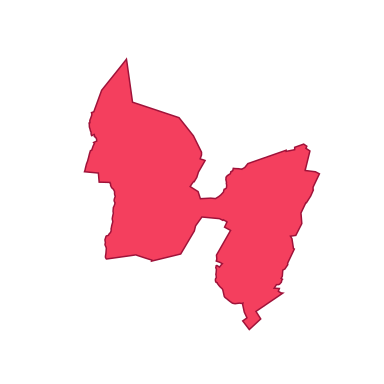 outline of Eersel, Noord-Brabant, Netherlands, rotated 126°
{"feature_id": "6326949B60524061283729", "entity_name": "Eersel", "entity_type": "district", "adm_level": 2, "iso_a3": "NLD", "parent_name": "Netherlands", "parent_adm1": "Noord-Brabant", "projection": "natural_earth1", "projection_center": [5.327, 51.393], "detail": "fine", "context": "isolated", "style": "filled", "palette": "rose", "viewbox_px": 384, "rotation_deg": 126, "n_neighbors": 0, "source": "geoboundaries", "source_scale": "gbopen_adm2", "svg_char_len": 5529}
<svg xmlns="http://www.w3.org/2000/svg" viewBox="0 0 384 384"><g transform="rotate(126 192 192)"><path d="M123.1,323.1L123.3,323.1L123.8,323.1L133.3,323.5L162.8,324.9L184.8,318.6L186.9,320.0L187.1,319.8L187.1,319.6L187.2,319.4L187.3,319.3L187.5,319.1L187.8,318.9L188.2,318.6L189.0,318.2L190.5,317.7L190.8,317.7L191.1,317.6L191.3,317.5L191.6,317.4L192.4,317.2L193.2,317.0L194.3,316.6L196.0,315.3L196.7,315.8L196.8,315.7L197.6,314.9L198.1,314.5L199.4,313.5L199.7,313.2L200.1,312.8L200.7,311.9L202.3,310.0L202.5,309.6L202.8,309.0L203.2,308.6L203.7,308.2L204.2,307.9L204.9,307.1L205.3,306.5L205.4,306.3L205.4,306.2L204.6,305.9L204.3,305.7L203.6,305.4L203.1,305.1L202.9,304.9L203.4,304.4L204.0,303.8L204.4,303.6L204.5,303.6L204.6,303.2L204.3,302.5L204.5,302.0L204.7,301.7L204.7,301.4L204.7,301.2L204.8,301.1L205.1,300.6L205.4,300.2L206.0,299.7L206.8,299.0L209.8,300.7L210.1,299.5L213.0,299.0L214.6,298.5L217.3,297.7L218.2,298.5L221.4,297.4L224.8,296.0L227.2,295.1L227.9,294.8L228.9,294.5L230.1,294.2L231.2,293.9L235.7,292.1L236.5,291.7L237.5,291.3L238.8,290.9L231.7,278.9L238.6,272.9L237.4,271.2L233.3,265.2L232.5,264.0L232.8,263.8L232.9,263.7L233.0,263.5L233.1,263.4L233.1,263.2L233.2,262.8L233.4,262.6L234.3,261.9L234.7,261.5L234.7,261.4L235.5,260.0L235.6,259.8L235.7,259.5L235.9,258.6L235.9,257.7L236.0,257.3L236.3,256.6L236.5,256.1L236.9,255.4L237.4,254.7L237.6,254.5L237.9,254.4L238.6,253.9L239.8,252.8L239.9,252.6L240.0,252.4L240.3,251.9L240.4,251.7L240.5,251.6L243.4,250.7L244.0,250.4L244.8,249.9L245.0,249.7L245.5,248.9L246.0,248.0L246.0,247.9L247.0,247.5L247.7,247.2L249.6,246.7L250.4,246.6L250.8,246.5L253.6,244.8L254.0,244.5L254.2,244.4L254.3,244.3L254.7,243.8L255.0,243.6L255.1,243.4L255.9,242.9L256.5,242.7L258.8,241.7L260.4,240.9L260.7,240.7L260.9,240.5L262.2,239.0L262.5,238.7L262.8,238.6L263.1,238.4L266.4,237.2L267.6,236.6L268.4,236.2L269.2,235.9L269.4,235.8L269.6,235.7L270.1,235.1L271.1,234.6L271.7,234.4L272.5,234.2L273.1,234.2L274.4,234.4L274.7,234.4L275.8,234.2L276.0,234.2L276.4,234.3L277.8,235.4L278.1,235.5L278.4,235.5L278.7,235.4L281.7,234.4L281.9,234.3L282.0,234.2L283.7,232.5L283.9,232.3L284.1,232.2L285.1,231.8L285.4,231.7L285.9,231.2L286.2,230.8L287.3,228.9L287.5,228.7L287.8,228.3L291.7,225.9L292.2,225.6L294.8,224.3L295.1,224.1L295.5,223.8L295.7,223.6L295.9,223.4L296.1,223.0L296.5,221.9L296.2,221.6L296.1,221.4L280.2,204.9L275.8,200.4L275.6,199.4L272.5,189.8L270.7,184.5L271.7,184.1L270.4,183.0L261.3,175.3L248.8,164.7L229.8,166.5L222.2,167.2L217.3,169.2L206.4,169.3L203.8,164.9L197.4,154.1L196.8,150.4L196.1,150.4L195.6,146.8L196.1,146.3L195.9,146.0L201.3,145.0L200.4,138.2L228.7,135.1L231.7,132.5L233.6,131.8L232.5,128.0L232.2,125.3L232.6,125.4L232.8,125.5L236.6,125.6L236.8,128.7L237.6,129.1L238.0,128.8L238.1,128.7L238.4,128.6L239.1,128.4L239.6,127.8L240.1,127.0L240.4,126.7L240.5,126.6L241.2,126.2L242.8,125.2L243.0,125.1L244.4,124.4L244.6,124.3L245.4,123.4L246.3,122.6L246.5,122.4L246.7,122.2L246.9,122.1L247.1,122.0L247.6,122.0L248.1,122.0L248.5,121.9L248.8,121.8L249.7,121.1L249.9,121.0L250.3,120.6L250.6,120.1L250.9,119.7L250.7,118.9L250.6,118.2L251.0,117.9L251.8,115.3L252.2,113.6L252.4,112.1L252.5,111.1L252.6,110.6L252.8,110.1L253.1,109.6L253.4,109.2L257.2,104.9L257.5,104.5L257.6,104.3L257.8,103.8L257.8,103.6L257.9,103.2L258.2,97.2L258.2,94.6L258.2,94.1L258.1,93.8L258.0,93.5L257.4,92.1L257.1,91.6L256.9,91.3L254.3,88.6L254.1,88.4L253.9,88.1L253.1,86.5L252.8,86.1L252.4,85.8L252.0,85.5L252.4,85.3L252.5,85.3L252.8,85.2L253.3,84.8L253.5,84.6L258.0,79.6L258.5,79.0L261.3,73.9L261.4,73.7L261.5,73.6L261.8,73.6L266.5,75.2L269.6,64.8L254.3,61.8L251.0,70.1L224.4,60.5L220.4,59.1L221.1,60.4L221.3,60.7L221.4,61.0L221.5,62.0L221.4,62.0L221.5,62.7L221.6,63.8L218.7,64.6L221.5,69.0L217.3,69.2L216.1,67.6L215.8,67.4L215.1,67.0L212.4,66.7L210.7,67.5L209.4,67.5L209.5,69.1L207.1,69.4L201.9,72.6L201.7,72.6L199.7,71.6L194.5,71.8L193.4,72.8L178.0,75.7L178.0,76.0L178.1,76.7L171.0,83.7L169.9,86.4L166.1,82.5L153.0,84.6L146.9,89.8L145.0,91.5L133.7,93.6L133.5,93.1L125.5,93.6L119.1,95.0L119.1,95.3L116.9,96.9L102.4,99.6L103.1,104.1L108.1,113.1L107.9,113.3L106.2,114.0L106.2,113.9L89.5,120.7L89.7,125.5L87.5,126.0L87.6,129.7L87.6,129.8L95.5,135.2L97.4,133.8L103.8,139.7L102.9,140.4L136.2,163.5L141.1,163.7L143.6,164.8L143.8,165.0L144.2,165.3L144.4,165.6L144.5,165.5L144.6,165.8L144.7,166.0L145.0,166.4L145.7,167.9L146.2,168.6L146.3,168.8L147.1,170.0L147.9,171.2L148.0,171.4L148.2,171.9L148.5,172.3L148.6,172.5L149.8,172.0L150.6,171.6L150.8,171.6L151.2,171.9L151.4,172.0L152.1,171.9L152.2,172.0L152.6,172.4L152.7,172.5L153.0,172.4L153.7,172.1L154.3,171.8L154.5,171.8L155.0,171.8L155.7,172.2L156.1,172.3L156.8,172.6L157.2,172.6L157.3,172.7L157.4,172.8L157.5,172.9L157.8,173.0L158.3,173.0L159.0,173.2L159.3,173.2L159.5,173.1L160.1,173.1L160.3,173.0L160.6,172.8L160.7,172.7L161.2,172.4L161.5,172.2L161.9,171.9L162.2,171.8L163.1,170.6L163.5,170.3L164.0,169.7L164.8,169.3L165.1,169.1L165.8,168.2L166.0,168.1L166.3,167.8L167.3,167.2L168.3,166.6L168.5,166.6L169.0,166.6L169.8,166.9L170.1,167.0L170.3,167.2L170.9,167.6L172.5,167.0L173.6,166.5L177.6,167.0L179.0,167.4L179.8,167.6L183.5,169.1L186.0,173.3L192.5,181.3L188.1,187.3L188.1,187.5L188.3,190.3L188.7,196.7L185.0,196.9L182.5,196.8L182.4,196.3L177.4,196.7L172.4,198.4L172.1,198.5L158.8,199.9L158.8,200.0L158.9,200.3L159.6,202.6L159.8,202.9L160.3,204.5L160.4,204.9L156.6,206.0L156.4,206.1L154.2,207.7L145.7,223.9L145.0,226.5L142.5,235.4L139.5,246.2L154.3,292.9L137.4,309.2L125.8,320.4L123.1,323.1Z" fill="#f43f5e" stroke="#9f1239" stroke-width="1.5"/></g></svg>